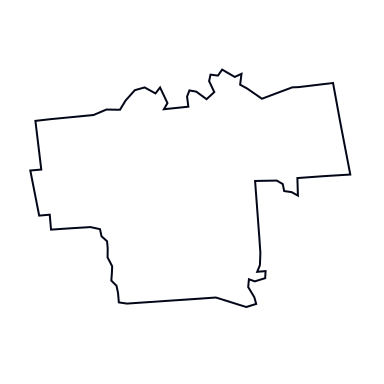 the district of Coronel Pilar, Rio Grande do Sul, Brazil, rotated 175°
{"feature_id": "56859067B30829214865889", "entity_name": "Coronel Pilar", "entity_type": "district", "adm_level": 2, "iso_a3": "BRA", "parent_name": "Brazil", "parent_adm1": "Rio Grande do Sul", "projection": "mercator", "projection_center": [-51.722, -29.258], "detail": "fine", "context": "isolated", "style": "outline", "palette": "ink", "viewbox_px": 384, "rotation_deg": 175, "n_neighbors": 0, "source": "geoboundaries", "source_scale": "gbopen_adm2", "svg_char_len": 1034}
<svg xmlns="http://www.w3.org/2000/svg" viewBox="0 0 384 384"><g transform="rotate(175 192 192)"><path d="M341.8,276.5L340.2,227.5L351.2,227.5L346.3,181.8L335.7,181.8L335.7,166.8L315.0,166.4L296.2,165.9L286.9,163.0L286.0,155.8L280.9,150.3L280.9,143.3L281.8,134.2L278.0,125.0L278.9,118.0L280.1,110.8L275.4,105.2L274.5,97.9L274.5,88.4L266.5,86.5L177.4,84.8L148.0,72.7L137.8,74.9L139.1,81.8L144.3,92.4L142.9,100.1L137.2,97.5L126.6,99.8L125.6,106.8L134.0,106.8L130.7,113.3L129.2,125.3L128.9,140.7L128.2,197.5L106.6,196.0L100.9,192.0L100.1,184.9L92.8,183.2L86.8,179.2L85.8,196.7L59.3,196.3L32.8,195.6L38.3,249.1L42.0,288.3L76.6,287.2L83.0,287.5L98.6,283.2L114.2,278.8L128.2,290.4L134.7,294.7L132.4,305.4L139.4,302.9L151.3,311.3L156.0,305.7L163.3,307.3L165.3,301.0L161.1,289.6L169.4,283.2L179.0,291.6L185.7,293.4L188.6,287.5L188.2,277.3L212.8,276.9L208.7,282.7L214.7,298.9L219.8,293.4L230.1,300.3L240.1,298.4L250.2,288.9L256.6,280.2L270.1,281.6L283.4,277.3L326.5,276.9L341.8,276.5Z" fill="none" stroke="#020617" stroke-width="2"/></g></svg>